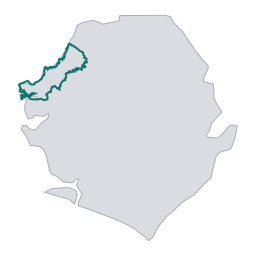 Kambia, Northern, Sierra Leone shown in context
{"feature_id": "65957751B7874629800584", "entity_name": "Kambia", "entity_type": "district", "adm_level": 2, "iso_a3": "SLE", "parent_name": "Sierra Leone", "parent_adm1": "Northern", "projection": "mercator", "projection_center": [-13.013, 9.222], "detail": "fine", "context": "in_parent", "style": "outline", "palette": "teal", "viewbox_px": 256, "rotation_deg": 0, "n_neighbors": 0, "source": "geoboundaries", "source_scale": "gbopen_adm2", "svg_char_len": 6393}
<svg xmlns="http://www.w3.org/2000/svg" viewBox="0 0 256 256"><path d="M237.1,125.8L236.9,128.0L234.8,138.5L231.6,147.4L229.4,149.6L220.2,152.0L216.3,155.9L213.0,168.7L210.8,178.6L207.7,180.3L194.2,194.7L185.4,200.2L179.2,204.9L173.4,211.0L166.1,216.9L158.2,227.0L152.6,237.4L148.8,240.6L145.9,237.7L132.5,227.4L118.4,220.5L88.3,209.0L78.3,205.8L78.6,201.7L82.1,194.2L76.5,185.5L78.7,179.1L76.5,179.1L72.2,182.9L63.0,181.8L56.9,176.3L51.9,174.3L49.8,171.6L46.6,157.1L44.3,150.5L39.7,146.5L30.5,145.5L26.6,136.7L21.5,129.8L22.4,125.6L26.5,125.8L29.8,128.9L35.1,130.2L41.6,122.8L47.5,118.7L48.8,115.2L48.1,113.3L44.6,116.3L34.8,115.5L32.4,118.2L28.1,119.1L24.7,110.4L24.9,105.3L26.3,99.7L36.1,98.7L36.9,96.9L30.1,95.7L21.6,89.1L20.1,84.6L24.3,83.1L28.3,83.8L31.8,84.7L35.6,83.1L39.2,80.7L41.3,77.5L44.2,69.0L53.4,66.1L58.8,60.9L63.9,52.8L66.3,47.2L68.4,44.3L69.8,41.9L70.8,39.2L73.1,36.7L75.5,30.7L77.1,25.2L82.4,22.6L93.3,20.2L103.0,24.2L118.9,20.8L119.7,15.6L134.2,15.5L151.4,15.4L165.7,15.4L170.6,16.7L172.4,20.6L177.1,26.6L182.0,30.7L188.1,39.9L195.2,50.5L202.8,60.1L207.7,65.3L208.3,67.1L207.9,69.1L205.5,74.0L203.4,79.3L203.6,81.3L205.1,82.3L213.1,83.9L213.8,89.8L213.8,97.9L217.7,105.5L221.4,111.0L221.2,113.0L212.2,122.5L208.7,131.9L206.9,134.6L206.2,136.7L208.0,137.7L210.5,137.1L214.0,137.9L217.3,138.1L221.7,134.7L229.1,126.1L231.5,125.0L237.1,125.8ZM75.4,202.1L74.3,204.0L69.5,199.4L44.7,192.4L51.7,188.6L68.9,187.5L74.1,189.7L76.3,191.5L77.2,195.0L75.4,202.1Z" fill="#d9dde1" stroke="#a8b0b8" stroke-width="1"/><path d="M81.8,69.8L81.6,68.4L81.6,68.1L82.2,67.3L82.1,66.3L82.1,65.7L82.4,65.3L82.7,65.2L82.8,66.0L83.3,66.3L83.7,67.1L84.2,67.4L84.7,67.4L85.1,67.2L85.4,66.7L85.1,66.2L84.2,65.7L83.8,65.2L83.6,64.7L83.5,64.0L84.2,63.5L84.5,62.5L84.8,62.0L85.3,61.6L85.7,61.9L85.8,62.4L86.0,62.6L86.5,62.6L86.9,62.3L86.6,61.6L86.2,60.8L86.2,60.2L86.6,59.1L86.3,58.5L85.8,58.1L85.0,58.0L84.4,58.1L84.1,57.6L84.6,56.7L84.5,56.1L83.3,54.7L83.1,52.8L82.8,52.2L81.9,51.9L79.6,50.7L77.0,48.4L76.1,47.8L74.5,47.0L74.0,46.0L73.7,45.8L73.4,45.7L72.9,45.8L72.3,45.6L72.0,45.4L71.5,45.3L71.5,44.9L70.9,44.3L70.2,44.4L69.2,43.8L68.8,44.0L68.7,44.8L68.4,45.1L68.1,46.5L67.7,46.8L67.6,47.1L68.0,48.0L67.8,48.2L67.2,48.0L66.6,48.4L66.1,49.0L66.2,49.3L66.6,49.7L66.8,50.2L66.8,50.9L65.7,52.3L65.2,53.2L65.0,53.4L65.2,53.9L65.0,54.1L64.8,54.2L65.0,54.4L64.8,54.2L64.5,54.5L64.4,55.4L64.2,55.8L64.6,56.2L64.0,56.7L64.3,57.5L64.0,57.7L64.0,58.4L63.9,58.5L63.7,58.3L63.3,57.7L62.9,57.8L62.4,58.2L62.2,58.5L62.1,59.1L62.3,59.4L62.3,59.8L62.1,59.7L61.7,59.4L61.2,59.2L61.0,59.4L60.6,59.4L60.0,59.0L59.3,59.0L59.2,59.4L58.8,59.8L58.8,60.9L59.1,61.5L59.0,62.0L59.4,62.2L59.5,62.4L59.4,63.0L59.2,63.3L58.4,63.5L57.6,63.2L57.4,63.3L57.4,63.5L57.6,63.6L57.7,64.0L57.2,64.9L56.6,65.3L56.8,66.1L56.5,66.4L55.6,66.6L55.0,67.4L54.0,66.8L53.2,67.2L52.7,67.1L52.2,67.9L52.1,67.6L51.6,67.1L51.2,66.9L50.9,67.2L50.4,67.2L49.9,66.9L49.4,67.4L49.3,67.7L49.5,67.9L49.6,68.2L49.2,68.5L48.7,68.4L48.4,68.6L47.8,69.3L47.7,68.9L47.4,68.9L47.3,68.7L47.1,68.6L47.3,68.5L47.4,68.3L47.2,68.0L46.9,67.6L46.6,67.7L46.2,67.3L45.4,67.1L44.5,67.8L44.8,68.8L44.8,69.4L44.3,70.2L44.1,70.7L44.3,70.8L44.1,70.7L43.9,71.1L44.4,72.1L44.4,74.8L44.2,74.9L44.5,75.0L44.2,74.9L43.3,75.5L42.9,76.0L41.9,77.9L41.9,78.4L41.3,79.2L38.1,81.3L37.4,82.0L35.9,82.2L35.1,82.6L34.6,83.7L34.4,84.2L34.0,84.5L33.4,84.6L31.9,84.4L30.9,84.4L30.5,83.7L29.2,82.6L28.3,81.1L27.1,81.2L26.8,81.1L22.6,83.0L20.1,83.8L19.0,84.7L18.9,85.0L20.7,88.6L20.4,88.5L20.2,89.0L19.9,89.5L20.0,89.9L19.8,90.1L19.8,91.4L19.9,91.6L20.2,91.8L20.5,91.7L21.4,92.0L21.9,91.9L22.3,91.7L22.6,90.1L22.8,90.1L22.9,90.5L22.9,91.5L23.5,91.9L23.5,92.0L23.2,92.4L24.0,92.3L24.0,92.1L24.0,91.6L24.3,91.1L24.6,92.0L26.4,93.7L27.0,94.6L28.0,94.9L29.6,95.0L29.8,94.9L30.2,94.5L30.6,94.3L31.0,93.9L31.4,93.5L32.2,93.1L32.6,93.1L32.7,93.3L33.6,93.2L35.1,93.5L34.5,93.8L33.3,93.5L32.8,93.9L32.3,94.6L32.0,94.7L31.1,95.7L30.5,96.1L29.8,96.1L28.3,95.8L28.2,95.8L28.3,96.2L27.2,96.0L26.8,96.2L26.8,96.3L26.9,96.5L27.8,96.7L29.0,97.4L30.7,98.9L31.4,99.2L32.7,99.4L35.1,99.3L35.8,99.5L37.2,99.5L37.8,99.3L39.8,99.0L40.2,98.8L41.4,98.9L43.9,100.1L44.5,100.1L46.1,99.6L46.8,99.6L47.5,99.3L47.4,96.0L46.8,95.3L46.2,94.5L46.6,94.2L46.9,93.7L47.5,93.5L48.1,92.9L48.7,92.6L48.7,92.3L49.7,92.1L50.0,91.8L50.8,91.8L51.1,91.7L51.1,91.2L50.8,90.6L51.0,90.2L51.2,89.4L51.5,88.6L52.0,87.0L52.5,87.2L52.8,87.2L53.8,86.2L54.8,85.9L55.8,87.0L57.0,87.9L57.0,88.2L57.3,88.2L57.7,88.6L58.0,88.7L58.5,88.7L58.9,89.2L59.6,89.5L59.5,88.8L59.1,88.4L58.7,88.2L58.6,87.7L59.7,86.8L60.3,86.6L60.4,86.3L60.7,85.8L60.2,84.9L60.7,83.7L61.6,82.8L62.0,82.1L62.2,81.5L62.9,81.0L63.2,80.4L65.2,80.3L65.4,79.9L65.3,79.2L65.0,78.5L65.6,78.5L66.0,77.6L66.3,76.1L65.7,74.8L65.6,74.2L65.8,73.7L66.7,72.9L67.1,72.9L67.5,73.3L67.8,73.2L68.0,72.9L68.4,72.7L68.9,72.2L69.0,71.3L69.3,71.2L69.8,71.2L70.0,71.6L70.0,72.0L70.2,72.5L71.8,71.9L72.4,71.9L72.9,71.6L73.2,71.4L72.6,70.1L73.4,69.9L73.9,70.0L74.2,70.4L73.8,71.0L73.4,71.4L74.0,71.7L74.4,71.8L74.9,71.6L75.1,70.6L75.3,70.1L76.0,69.4L75.7,68.4L76.0,68.3L76.3,68.5L77.2,70.2L77.7,70.0L77.9,69.7L78.0,68.2L78.2,68.3L78.6,68.7L79.1,68.8L79.8,68.6L80.5,68.8L81.5,69.8L81.8,69.8ZM25.9,94.5L25.5,94.2L25.6,94.4L25.1,94.4L24.6,94.6L24.5,94.4L24.3,94.8L24.3,94.5L24.2,94.5L24.0,95.1L23.9,95.1L23.9,95.6L24.5,96.3L24.8,96.5L24.5,96.5L24.4,96.4L24.4,96.7L24.2,96.7L24.4,96.8L25.2,96.5L25.3,96.3L26.9,95.8L26.9,95.5L26.3,95.1L25.9,94.5ZM30.7,95.7L31.1,95.6L31.5,94.9L32.4,94.2L32.7,93.6L32.0,93.6L31.4,93.9L31.0,94.8L30.5,95.5L30.7,95.7ZM22.6,96.0L22.4,96.0L22.6,96.1L22.3,96.2L22.4,96.4L22.4,96.5L22.5,96.6L22.4,96.8L22.6,97.5L23.0,97.4L22.8,97.7L23.1,97.8L24.0,97.3L24.2,97.0L23.9,96.6L24.0,97.1L23.6,97.0L23.4,97.1L23.2,96.9L22.9,96.2L22.6,96.0ZM21.7,97.9L21.4,97.2L21.1,97.4L21.1,97.5L21.3,97.9L21.1,98.0L21.7,97.9ZM27.1,95.0L26.5,94.6L26.3,94.5L26.6,95.0L27.1,95.0ZM22.2,99.0L22.2,98.8L21.7,98.7L21.5,98.8L21.5,99.2L22.1,99.0L22.2,99.0ZM23.5,95.9L23.5,95.7L23.3,95.6L23.3,95.8L23.5,96.0L24.0,96.4L23.7,95.9L23.5,95.9ZM27.0,95.7L27.7,95.5L27.8,95.3L27.2,95.4L27.0,95.7ZM21.8,95.3L21.5,95.1L21.1,95.2L21.3,95.4L21.8,95.3ZM29.9,95.2L29.3,95.3L29.7,95.4L29.9,95.2ZM22.0,96.1L22.0,95.8L21.8,95.8L21.7,96.0L22.0,96.1ZM24.8,93.7L24.5,93.7L24.3,93.7L24.7,93.8L24.8,93.7ZM24.3,96.3L24.3,96.2L24.1,96.0L24.3,96.3ZM23.9,96.5L24.1,96.4L23.9,96.4L23.9,96.5Z" fill="none" stroke="#0f766e" stroke-width="2"/></svg>